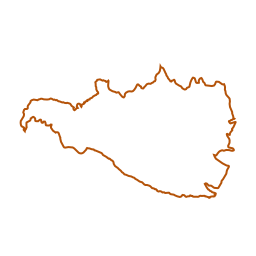 SVG path tracing the border of Tocantins, rotated 275°
{"feature_id": "BRA-596", "entity_name": "Tocantins", "entity_type": "State", "adm_level": 1, "iso_a3": "BRA", "parent_name": "Brazil", "parent_adm1": "", "projection": "mercator", "projection_center": [-48.148, -9.274], "detail": "fine", "context": "isolated", "style": "outline", "palette": "amber", "viewbox_px": 256, "rotation_deg": 275, "n_neighbors": 0, "source": "natural_earth", "source_scale": "10m", "svg_char_len": 5849}
<svg xmlns="http://www.w3.org/2000/svg" viewBox="0 0 256 256"><g transform="rotate(275 128 128)"><path d="M192.2,155.0L191.6,155.4L191.2,156.1L190.9,157.4L190.0,158.3L185.8,160.7L185.0,161.3L183.7,161.7L182.4,162.9L181.0,163.6L179.8,164.9L178.2,166.2L178.1,167.1L178.9,167.5L179.0,168.1L180.0,169.5L180.0,169.9L179.3,170.4L177.8,170.9L176.5,171.8L174.8,175.1L174.0,177.3L172.3,178.7L171.3,180.9L171.4,181.7L171.8,182.5L173.2,183.3L174.0,185.0L174.6,185.6L178.8,186.2L181.1,186.9L183.1,187.8L183.8,188.3L183.8,188.9L183.3,190.1L182.8,190.4L179.7,191.6L179.1,192.1L178.9,192.7L179.1,194.1L179.3,194.7L181.0,194.4L181.9,194.5L183.4,195.3L184.2,196.6L184.0,197.0L182.7,197.9L180.6,198.8L179.6,200.2L177.6,201.3L177.3,201.7L177.1,207.9L177.8,210.0L179.2,210.9L181.1,211.4L181.7,211.7L181.9,212.1L181.9,214.5L179.8,218.0L179.7,219.0L180.0,219.9L178.2,220.8L177.1,221.1L174.5,221.2L173.4,221.8L170.8,222.4L169.3,223.3L166.6,226.2L165.9,226.7L163.4,227.2L160.9,227.1L157.8,227.8L152.9,230.4L151.6,230.5L148.8,231.8L147.1,232.1L146.5,233.2L146.3,233.0L146.0,231.8L145.1,230.8L144.9,230.0L144.1,229.1L143.6,228.0L143.2,228.0L141.9,229.0L141.5,229.7L143.3,234.1L143.3,234.6L143.0,234.7L138.2,233.0L136.1,231.7L135.7,231.7L135.2,232.1L134.9,232.1L132.5,230.4L131.2,230.0L130.1,230.0L130.0,229.8L130.1,229.2L130.8,227.4L130.6,227.0L130.2,227.0L128.6,227.7L126.0,229.8L124.5,230.3L122.0,230.4L118.9,229.3L117.8,229.6L117.4,230.2L116.9,234.0L116.3,234.8L115.3,235.4L114.8,235.1L114.4,234.0L114.4,232.9L114.8,230.8L114.7,227.8L113.7,225.5L114.0,224.1L113.9,223.4L113.2,221.9L112.3,220.8L110.6,219.6L108.5,218.4L108.3,217.7L108.6,216.1L107.1,216.8L105.1,218.2L101.0,225.3L99.5,228.8L99.2,229.7L99.1,231.4L98.8,231.8L98.4,231.9L97.9,231.8L95.3,230.6L94.1,230.2L91.0,229.9L85.2,227.1L83.7,226.0L83.1,225.8L81.6,225.8L76.2,223.2L75.9,222.4L75.9,219.3L76.2,218.5L77.7,216.1L77.8,215.2L77.7,213.4L79.4,211.5L79.6,210.9L79.6,210.1L79.0,209.4L75.7,211.6L73.8,213.2L73.6,213.9L72.4,215.4L72.1,216.7L71.4,217.3L70.9,220.1L70.4,221.1L69.0,221.0L68.3,220.6L68.2,220.4L68.4,220.1L67.5,220.1L67.2,219.2L67.2,217.9L66.7,216.2L65.7,215.5L65.5,214.9L65.7,214.7L66.0,214.9L66.2,214.7L66.1,213.7L66.6,212.0L66.6,210.9L67.0,210.6L67.1,210.2L66.7,207.0L66.8,206.0L66.4,205.1L65.9,204.6L65.6,203.9L65.3,200.0L65.3,198.8L65.9,198.1L65.8,197.0L66.2,196.5L66.3,196.0L66.2,195.7L65.4,195.2L65.0,193.1L64.5,192.1L64.7,191.3L65.9,190.0L66.1,188.3L65.8,187.9L64.5,187.1L63.8,185.7L64.2,183.1L65.0,180.6L65.6,179.4L65.8,176.3L66.4,175.2L67.0,174.8L67.1,174.2L66.5,170.7L67.1,169.5L66.8,167.9L67.4,167.1L67.8,166.1L67.8,165.0L67.4,164.1L67.5,163.5L68.1,162.4L68.8,162.1L69.2,161.2L69.5,161.0L69.4,160.0L70.1,159.0L70.2,157.3L71.9,155.3L72.4,154.2L72.9,151.9L72.7,150.3L73.2,149.1L75.1,146.9L75.7,144.2L77.2,141.6L78.0,139.6L78.6,139.1L79.0,138.5L79.2,137.4L80.0,135.5L80.3,132.8L81.2,130.3L81.5,128.5L82.9,127.0L83.4,125.9L84.8,124.6L86.3,122.4L87.2,121.4L87.6,120.9L87.9,120.1L88.3,119.6L88.8,118.7L89.2,118.2L91.1,116.9L92.7,116.5L93.2,116.2L94.1,115.3L94.4,114.3L95.7,112.6L95.9,112.0L95.7,111.7L96.4,110.2L96.7,110.1L97.6,108.4L98.9,105.5L100.3,104.4L100.8,103.7L102.8,97.4L102.8,96.6L103.6,95.7L103.7,93.6L104.3,91.5L104.3,89.9L104.5,89.0L104.0,88.6L102.9,88.3L99.7,85.8L99.0,84.8L98.6,83.7L98.6,82.4L99.0,81.1L103.0,76.2L103.8,74.6L103.8,70.3L103.0,67.2L103.1,66.2L103.6,65.6L108.4,62.5L111.4,61.5L112.6,61.4L113.4,60.9L116.8,59.4L117.5,58.6L117.6,57.9L117.5,56.8L117.4,56.3L117.2,56.2L118.8,53.5L121.5,51.3L122.5,51.1L124.4,51.6L124.7,51.5L124.7,50.7L123.9,50.0L123.5,48.5L123.5,46.3L123.8,45.9L126.1,45.3L127.1,44.7L127.1,43.6L126.7,43.1L125.9,42.8L125.7,42.1L125.9,41.6L126.7,41.1L128.2,40.8L128.6,40.5L128.7,40.0L128.5,39.4L126.9,37.8L126.8,35.7L127.0,35.1L127.5,34.9L129.2,34.7L129.6,34.5L130.8,33.0L130.8,32.5L130.3,31.7L129.4,30.9L129.1,30.3L127.5,30.1L126.8,29.7L124.7,26.5L124.2,26.4L120.8,26.7L120.1,27.0L118.1,26.4L116.7,25.6L115.8,25.5L117.0,24.3L117.9,24.2L118.4,24.3L118.8,24.8L119.0,24.6L119.5,24.1L120.4,21.9L121.6,21.1L123.7,20.6L125.7,20.6L126.4,21.0L130.5,23.0L131.5,23.2L132.8,23.2L133.3,23.0L134.0,22.5L134.5,22.3L137.0,22.9L137.9,23.6L138.1,25.4L138.3,25.9L138.6,26.2L139.1,26.4L140.6,26.2L141.6,26.4L144.9,28.5L146.4,28.7L146.9,29.2L147.4,29.9L148.1,31.6L147.8,35.5L148.6,36.4L148.9,37.4L149.6,38.8L149.6,39.9L149.2,41.6L149.3,44.9L149.7,46.9L150.6,48.3L150.5,49.4L149.6,51.3L149.9,52.2L149.4,53.5L149.4,54.0L149.7,54.6L148.6,56.3L148.5,57.7L147.7,60.3L148.0,61.2L147.5,62.7L147.4,64.3L147.8,65.2L147.3,67.7L147.0,68.4L145.1,69.9L143.7,72.3L142.5,71.9L141.5,72.4L141.1,73.2L141.8,74.0L143.2,75.0L143.6,76.2L145.1,75.1L147.0,75.4L147.7,76.0L148.0,77.0L147.6,78.1L145.8,79.0L145.0,79.7L145.4,79.9L147.2,79.8L148.2,81.9L148.6,82.1L149.1,81.9L149.7,82.0L149.9,82.5L149.8,83.1L150.8,83.4L151.2,84.5L151.3,85.2L151.7,85.4L151.8,84.7L152.1,84.8L152.6,85.5L152.6,86.0L153.0,86.4L153.0,87.2L154.1,87.7L154.9,89.3L155.3,89.8L156.3,90.4L157.7,92.4L158.2,93.5L159.0,93.9L159.7,95.2L160.1,95.3L161.1,95.0L161.8,94.2L163.6,93.1L165.9,92.8L166.8,92.2L169.4,91.9L170.5,91.5L171.2,91.7L171.9,92.6L173.3,93.2L174.0,95.9L173.0,98.5L173.4,99.4L173.0,100.3L172.9,101.5L172.0,102.3L172.7,103.7L173.4,104.3L173.1,104.5L169.0,104.5L167.5,104.7L165.6,105.5L164.7,106.3L163.3,109.3L162.8,112.1L162.2,113.3L162.8,115.3L162.7,115.7L160.8,117.3L158.6,119.6L158.1,120.7L158.1,121.1L159.2,121.9L161.6,122.0L163.0,122.9L164.3,124.8L164.7,126.2L164.7,128.6L165.2,129.7L166.6,130.9L168.8,132.1L171.4,133.1L172.1,133.5L172.3,134.0L172.2,134.6L171.0,135.9L170.5,137.2L170.1,137.5L169.3,137.6L168.9,138.1L168.7,138.8L168.7,139.7L169.0,140.0L170.0,140.5L171.1,141.5L173.2,142.9L174.0,144.5L174.0,146.7L174.9,147.7L175.4,148.8L176.6,149.8L177.0,150.8L178.5,151.3L180.3,150.9L181.1,150.9L183.7,151.8L185.4,153.7L187.4,154.7L190.5,155.0L192.2,155.0Z" fill="none" stroke="#b45309" stroke-width="2"/></g></svg>